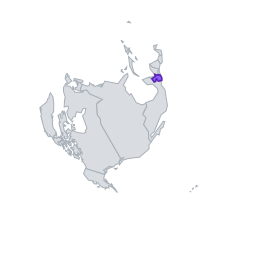 location of Guatemala within North America, rotated 236°
{"feature_id": "GTM", "entity_name": "Guatemala", "entity_type": "country or territory", "adm_level": 0, "iso_a3": "GTM", "parent_name": "North America", "parent_adm1": "", "projection": "orthographic", "projection_center": [-90.227, 15.776], "detail": "fine", "context": "in_parent", "style": "filled", "palette": "violet", "viewbox_px": 256, "rotation_deg": 236, "n_neighbors": 17, "source": "natural_earth", "source_scale": "50m", "svg_char_len": 9514}
<svg xmlns="http://www.w3.org/2000/svg" viewBox="0 0 256 256"><g transform="rotate(236 128 128)"><path d="M107.1,104.9L105.1,101.7L103.4,100.5L104.6,97.8L104.0,93.9L106.5,91.3L106.6,84.1L103.8,85.0L103.2,82.1L118.2,70.1L119.3,71.7L124.9,71.8L126.5,71.1L126.7,72.6L128.3,71.9L127.5,72.9L129.9,72.7L133.4,74.5L133.9,75.3L132.4,75.8L133.7,76.3L136.7,76.2L137.2,77.1L138.4,76.5L137.9,75.8L138.6,75.4L140.3,75.3L143.6,77.2L146.2,77.1L146.3,76.2L147.1,76.0L148.3,76.5L148.0,77.8L150.0,75.4L148.4,74.0L148.7,72.6L149.7,71.7L151.3,72.5L152.2,73.9L151.5,74.6L153.0,74.9L152.9,76.3L154.0,75.2L155.1,76.1L154.9,77.1L155.8,78.0L157.0,75.8L156.9,74.3L159.2,74.6L160.4,75.2L160.2,76.6L161.0,78.0L157.3,78.9L156.0,81.6L152.7,83.3L148.8,87.6L148.0,90.7L149.7,91.0L150.7,93.9L163.5,97.1L164.2,100.4L167.8,104.0L169.2,101.5L166.8,97.8L170.2,94.3L166.9,90.6L167.8,88.8L165.9,85.0L170.2,84.5L175.5,86.2L177.3,89.6L179.6,90.6L181.1,86.8L187.5,91.7L187.6,92.8L194.2,94.9L197.4,96.9L198.6,98.8L195.2,103.1L186.9,104.3L182.4,111.4L189.4,105.9L191.0,106.7L190.2,108.1L192.4,111.5L194.6,112.2L196.8,111.6L197.3,109.2L199.2,111.1L193.0,116.9L191.8,116.9L191.2,115.2L193.1,113.3L189.3,114.1L187.1,110.4L184.8,109.9L182.8,115.0L177.6,115.4L166.4,122.8L165.2,122.2L166.5,118.9L165.5,115.4L156.0,109.9L151.1,110.2L146.4,107.7L107.1,104.9ZM159.8,85.0L160.4,84.3L161.8,84.3L160.8,85.5L159.8,85.0ZM160.2,70.4L159.2,69.4L162.5,70.3L161.1,70.3L160.2,70.4ZM164.6,86.1L164.0,85.0L164.8,85.3L164.6,86.1ZM151.2,68.0L150.8,68.4L149.3,68.0L150.6,67.2L151.2,68.0ZM151.4,65.1L150.3,65.1L150.2,64.8L151.2,64.8L151.4,65.1ZM149.5,63.6L150.8,64.2L149.8,64.7L149.5,63.6ZM159.3,67.9L151.9,68.1L151.2,66.4L149.6,65.9L152.5,65.9L153.8,67.3L158.3,67.0L159.3,67.9ZM142.9,64.0L144.1,64.2L142.3,64.3L142.9,64.0ZM144.1,63.3L144.6,63.6L143.3,63.7L144.1,63.3ZM199.5,100.3L199.6,103.2L204.1,103.5L204.5,104.9L205.2,104.4L206.9,106.4L207.3,108.1L205.7,108.1L204.7,106.4L204.1,108.3L202.3,107.1L198.5,107.8L198.0,101.7L199.5,100.3ZM157.3,80.1L161.8,82.6L163.4,82.9L160.3,82.5L158.1,84.1L156.3,83.4L157.3,80.1ZM159.8,71.4L161.5,70.4L169.1,72.7L171.5,74.3L170.5,75.0L177.6,76.9L177.6,79.7L174.1,78.0L173.1,78.3L173.4,79.2L178.4,82.1L178.7,83.2L174.3,82.1L178.2,84.5L175.3,84.2L168.0,81.2L164.5,81.6L164.9,80.5L168.4,80.0L168.4,77.3L167.4,76.3L161.9,73.8L154.4,73.7L153.8,73.2L154.5,72.6L153.5,72.6L153.2,71.3L154.4,69.7L156.0,69.4L155.6,70.1L156.3,70.9L158.2,69.3L159.7,70.6L159.8,71.4ZM149.5,69.8L151.9,69.0L153.0,69.3L149.6,71.5L149.5,69.8ZM136.4,65.3L139.6,64.2L141.0,64.2L139.5,65.3L136.4,65.3ZM100.4,94.7L102.6,93.9L100.9,95.7L100.8,97.3L100.4,94.7ZM146.8,63.0L148.6,63.7L148.7,64.6L146.4,64.0L147.0,63.7L146.8,63.0ZM105.8,105.6L103.5,104.6L102.3,100.4L104.8,101.9L105.8,105.6ZM133.1,67.1L136.9,67.8L137.4,68.8L134.2,69.6L132.3,70.9L130.1,71.2L129.5,69.7L132.9,67.9L133.1,67.1ZM143.3,65.5L144.5,67.1L140.1,68.0L139.4,67.5L140.9,67.1L137.9,66.7L140.3,65.5L142.7,66.9L142.6,65.8L143.3,65.5ZM141.4,69.7L143.1,70.4L142.8,72.5L144.6,74.5L143.3,74.6L143.2,75.6L140.7,74.8L134.5,75.1L132.9,72.9L136.7,72.8L133.0,72.1L133.1,71.6L135.0,71.3L133.1,70.7L137.4,69.0L137.9,69.3L137.1,69.8L140.3,69.8L140.6,71.5L141.2,71.0L141.4,69.7ZM146.3,70.6L145.9,69.7L148.7,69.4L148.0,70.3L148.9,70.8L148.6,72.0L147.3,72.4L144.9,70.7L146.3,70.6ZM142.8,69.2L143.7,69.2L144.0,69.5L143.1,70.3L142.8,69.2ZM146.6,66.2L149.2,66.5L148.6,67.9L146.3,67.1L146.6,66.2ZM150.7,62.4L152.5,61.4L155.1,63.2L153.8,64.3L152.0,64.3L151.6,63.8L152.0,63.2L150.7,62.4ZM152.8,60.8L156.2,59.6L161.2,59.5L160.6,60.7L161.3,60.6L160.8,62.4L158.8,63.1L159.4,63.2L159.2,63.4L159.9,63.8L158.5,65.3L159.6,65.8L158.5,66.5L153.6,66.3L154.5,65.5L154.2,64.7L155.8,65.1L154.3,64.2L155.4,63.2L154.5,62.3L156.4,62.1L154.2,62.1L152.8,60.8ZM166.2,77.2L164.8,77.8L164.4,77.2L165.2,76.1L166.2,77.2ZM147.1,73.9L148.8,75.3L148.2,75.8L145.6,74.8L147.1,73.9ZM189.7,104.6L192.0,104.6L193.8,105.6L191.3,105.3L189.7,104.6ZM192.5,109.8L193.3,110.7L195.7,110.6L194.9,111.7L192.8,111.1L192.5,109.8Z" fill="#d9dde1" stroke="#a8b0b8" stroke-width="1"/><path d="M107.1,104.9L146.4,107.7L151.1,110.2L156.0,109.9L165.5,115.4L166.0,122.8L177.6,115.4L182.8,115.0L184.8,109.9L187.1,110.4L189.8,114.7L185.6,117.4L185.2,120.2L187.0,121.5L181.2,123.5L184.1,123.2L180.9,123.9L180.0,127.7L178.8,126.6L180.0,128.9L178.8,131.5L177.5,127.5L177.9,129.7L176.7,129.4L179.8,135.0L170.4,144.4L173.8,154.4L173.4,158.2L170.6,156.8L166.0,147.9L163.3,148.6L160.7,147.0L154.5,147.6L154.8,149.8L144.4,149.0L139.3,152.5L138.3,157.0L135.4,155.6L132.1,148.8L126.3,148.7L122.1,142.9L113.7,143.0L107.7,139.3L103.5,139.2L102.0,135.6L98.9,133.9L97.4,121.2L102.6,111.1L104.0,106.0L105.9,106.6L105.7,108.5L107.1,104.9ZM118.2,70.1L103.2,82.1L103.8,85.0L106.6,84.1L106.5,91.3L104.6,93.0L105.5,86.9L103.5,86.2L102.8,83.5L100.1,79.8L99.1,79.8L98.0,80.8L94.5,80.9L98.7,78.4L93.6,80.0L93.1,80.9L91.4,81.6L85.5,83.3L80.3,83.2L87.2,81.8L91.3,79.7L88.8,78.6L91.1,76.7L91.2,75.3L92.9,73.8L94.1,73.3L96.5,72.4L98.9,72.7L99.9,71.7L100.8,71.5L99.0,70.8L100.7,68.7L103.3,68.7L103.2,69.8L106.5,66.4L107.6,66.0L115.0,65.6L118.2,70.1ZM96.2,69.7L96.3,70.2L95.8,71.1L95.0,71.2L96.2,69.7ZM41.2,151.3L42.2,152.4L41.0,153.2L41.2,151.3ZM41.7,148.3L41.5,149.3L41.5,148.4L41.7,148.3ZM41.3,147.5L41.6,148.0L41.2,147.7L41.3,147.5ZM40.7,146.8L41.1,147.0L40.7,146.8ZM40.3,144.1L40.1,144.9L40.0,144.3L40.3,144.1ZM90.0,75.0L90.7,75.4L90.0,75.9L90.0,75.0ZM89.9,82.4L91.6,83.0L89.2,83.1L89.9,82.4Z" fill="#d9dde1" stroke="#a8b0b8" stroke-width="1"/><path d="M192.2,169.3L192.6,173.1L186.9,172.9L191.2,171.8L189.1,169.1L192.2,169.3Z" fill="#d9dde1" stroke="#a8b0b8" stroke-width="1"/><path d="M193.3,174.0L192.4,168.9L199.3,171.1L194.6,172.0L193.3,174.0Z" fill="#d9dde1" stroke="#a8b0b8" stroke-width="1"/><path d="M176.1,155.3L178.2,154.2L178.3,154.8L176.1,155.3ZM178.2,153.8L179.9,154.7L179.7,156.3L179.2,154.9L178.2,153.8ZM177.5,159.4L178.4,158.0L179.4,161.1L177.5,159.4Z" fill="#d9dde1" stroke="#a8b0b8" stroke-width="1"/><path d="M164.7,58.8L164.7,57.8L166.3,57.1L168.7,57.1L168.3,58.2L170.6,57.7L171.7,58.1L170.9,57.1L172.5,57.1L174.1,58.4L174.5,58.2L177.2,59.2L179.5,59.9L181.1,60.2L181.3,60.9L182.7,61.0L184.5,61.6L184.5,61.9L186.6,62.3L187.6,63.8L190.2,64.6L189.2,64.9L191.7,65.2L193.4,65.9L193.3,66.4L190.8,65.9L192.2,66.5L192.8,67.2L194.3,66.5L195.0,75.2L197.2,78.1L197.3,79.5L198.7,80.5L200.6,83.3L195.7,83.2L189.4,79.9L183.1,75.4L181.6,71.5L179.6,72.4L178.3,70.9L180.4,70.8L176.4,70.1L175.9,68.9L170.3,66.0L164.8,66.1L162.7,65.3L164.6,64.7L161.1,64.3L163.2,62.6L163.0,62.2L161.7,62.0L162.5,60.7L161.9,60.3L164.2,59.2L166.8,59.4L164.7,58.8Z" fill="#d9dde1" stroke="#a8b0b8" stroke-width="1"/><path d="M103.5,139.2L107.7,139.3L113.7,143.0L122.1,142.9L126.3,148.7L130.8,147.8L135.4,155.6L139.1,156.9L137.2,164.6L141.0,172.9L144.1,174.5L150.7,172.9L153.1,168.1L159.9,166.8L158.4,174.3L151.5,175.3L150.6,176.6L152.7,179.3L149.9,179.3L148.8,182.8L145.2,179.6L139.4,180.1L124.8,173.4L120.9,169.3L120.5,162.9L110.5,148.0L109.8,143.0L106.7,142.1L113.9,161.0L112.8,162.1L108.9,157.3L109.2,154.5L104.8,150.1L106.8,148.5L103.5,139.2Z" fill="#d9dde1" stroke="#a8b0b8" stroke-width="1"/><path d="M181.9,195.2L180.9,198.6L178.0,194.7L174.2,198.9L169.8,197.2L169.5,194.0L172.9,195.5L178.2,193.5L181.9,195.2Z" fill="#d9dde1" stroke="#a8b0b8" stroke-width="1"/><path d="M170.4,193.8L169.5,196.8L163.4,193.2L162.8,191.0L167.9,190.8L170.4,193.8Z" fill="#d9dde1" stroke="#a8b0b8" stroke-width="1"/><path d="M167.9,190.8L163.3,190.5L158.9,186.5L164.9,182.1L168.7,181.5L167.9,190.8Z" fill="#d9dde1" stroke="#a8b0b8" stroke-width="1"/><path d="M168.7,181.5L164.9,182.1L159.7,186.3L155.1,183.1L158.3,179.8L164.7,179.4L168.7,181.5Z" fill="#d9dde1" stroke="#a8b0b8" stroke-width="1"/><path d="M155.1,183.1L158.8,184.5L158.4,185.9L153.5,184.6L155.1,183.1Z" fill="#d9dde1" stroke="#a8b0b8" stroke-width="1"/><path d="M155.6,175.4L157.8,174.1L156.1,179.7L155.4,179.7L155.6,175.4Z" fill="#d9dde1" stroke="#a8b0b8" stroke-width="1"/><path d="M201.8,171.1L204.8,171.4L201.8,172.4L201.8,171.1Z" fill="#d9dde1" stroke="#a8b0b8" stroke-width="1"/><path d="M178.7,173.7L181.7,173.1L183.3,174.2L178.7,173.7Z" fill="#d9dde1" stroke="#a8b0b8" stroke-width="1"/><path d="M169.8,162.9L178.0,164.0L187.0,168.4L179.7,169.9L181.0,168.6L177.4,166.1L170.9,164.1L164.3,166.0L169.8,162.9Z" fill="#d9dde1" stroke="#a8b0b8" stroke-width="1"/><path d="M214.0,188.8L216.0,186.7L216.0,188.4L214.0,188.8Z" fill="#d9dde1" stroke="#a8b0b8" stroke-width="1"/><path d="M148.8,182.8L148.9,182.7L149.0,182.4L148.9,182.3L148.9,182.2L149.0,182.0L149.0,181.8L149.0,181.7L148.9,181.2L149.2,180.6L149.4,180.1L149.7,179.6L149.9,179.3L150.6,179.3L151.0,179.3L151.6,179.3L152.2,179.3L152.6,179.3L152.7,179.1L152.7,178.9L152.8,178.7L152.7,178.5L152.5,178.4L152.3,178.3L152.3,178.2L152.2,177.9L151.9,177.7L151.6,177.5L151.3,177.3L151.1,176.9L150.8,176.7L150.7,176.7L151.1,176.6L151.6,176.6L151.6,176.2L151.6,175.8L151.6,175.4L152.4,175.4L153.3,175.4L154.3,175.4L155.1,175.4L155.5,175.4L155.5,175.9L155.5,176.5L155.5,177.0L155.5,177.6L155.4,178.3L155.4,179.2L155.4,179.7L155.7,179.7L156.0,179.7L156.3,179.8L156.5,179.9L156.8,180.0L156.9,179.8L156.8,179.7L157.6,180.1L157.3,180.3L156.9,180.7L156.6,180.9L156.3,181.2L156.0,181.4L155.6,181.6L155.5,182.0L155.4,182.1L155.5,182.2L155.6,182.5L155.3,182.8L155.2,183.0L154.8,183.1L154.7,183.1L154.7,183.4L154.7,183.5L154.4,183.6L154.3,183.9L154.2,183.9L153.8,184.0L153.6,184.3L153.5,184.5L152.7,184.3L152.4,184.2L151.2,184.2L150.7,184.1L150.1,183.8L149.7,183.5L148.8,182.8Z" fill="#8b5cf6" stroke="#5b21b6" stroke-width="1.5"/></g></svg>